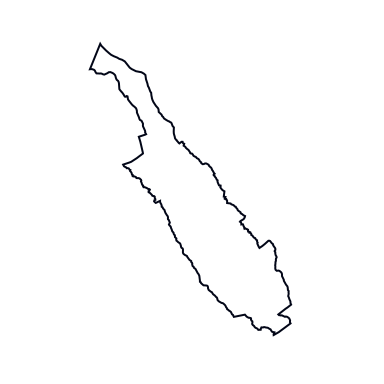 Gatundu South, Central, Kenya, rotated 22°
{"feature_id": "3690345B82721742326841", "entity_name": "Gatundu South", "entity_type": "district", "adm_level": 2, "iso_a3": "KEN", "parent_name": "Kenya", "parent_adm1": "Central", "projection": "orthographic", "projection_center": [36.813, -0.954], "detail": "fine", "context": "isolated", "style": "outline", "palette": "ink", "viewbox_px": 384, "rotation_deg": 22, "n_neighbors": 0, "source": "geoboundaries", "source_scale": "gbopen_adm2", "svg_char_len": 6102}
<svg xmlns="http://www.w3.org/2000/svg" viewBox="0 0 384 384"><g transform="rotate(22 192 192)"><path d="M51.4,89.0L51.4,116.4L52.3,115.9L53.4,115.5L55.4,115.4L56.4,115.8L57.8,117.1L59.0,117.8L62.4,116.6L63.1,116.2L64.2,116.1L65.5,116.2L66.7,116.0L69.1,113.5L69.9,112.2L71.4,111.4L73.2,111.4L74.3,111.5L75.4,111.8L76.8,112.4L77.7,113.3L78.5,114.5L79.5,115.6L80.3,116.2L81.9,116.7L82.7,117.4L83.5,118.5L86.1,123.8L86.8,124.3L89.0,125.5L90.0,125.9L92.0,127.2L93.9,128.7L94.9,128.5L95.5,127.5L96.4,127.5L97.9,130.0L98.8,130.7L103.5,133.4L105.5,134.2L106.5,134.4L108.7,135.3L109.5,136.1L110.5,137.4L111.2,139.0L115.1,142.9L115.7,143.8L116.8,144.7L118.4,144.8L119.3,145.5L120.0,146.2L120.8,146.8L121.2,147.6L121.4,148.4L122.0,149.5L123.4,150.8L125.2,152.5L125.9,153.3L126.2,154.3L127.8,155.6L127.2,156.3L122.0,160.7L125.3,164.8L131.6,173.8L132.1,174.7L129.3,179.3L128.2,181.2L124.3,186.8L122.8,188.2L117.9,192.4L119.3,193.6L120.5,193.8L121.5,193.8L122.6,194.4L123.5,193.9L124.7,193.9L125.7,194.7L126.6,194.7L126.7,195.7L127.8,196.2L128.8,196.9L129.8,198.3L130.8,198.5L130.9,199.4L131.7,199.6L132.7,199.1L134.5,199.2L135.3,199.9L137.4,199.1L138.4,199.1L140.2,199.8L140.7,200.4L140.7,201.3L142.1,202.6L142.6,203.4L143.4,204.1L144.3,204.3L144.5,205.1L145.3,205.7L146.3,205.2L147.1,205.3L148.2,205.2L150.3,205.6L151.2,205.3L152.0,205.5L152.0,206.6L151.4,207.5L151.9,208.5L153.0,208.5L155.9,209.7L156.5,210.3L157.3,210.3L158.4,210.0L159.2,210.3L159.6,211.4L160.5,212.1L161.0,213.0L160.2,213.8L160.4,214.9L161.5,215.4L162.5,215.7L165.7,212.2L166.0,213.0L167.2,214.3L168.0,214.8L168.5,215.4L169.0,216.0L169.4,217.0L170.6,217.3L171.3,218.1L173.4,219.1L173.9,219.9L175.2,221.3L177.4,222.9L178.6,223.6L179.2,224.4L179.6,225.6L180.0,226.3L180.9,226.6L182.9,228.7L182.8,230.8L183.6,231.4L185.1,232.0L186.2,233.4L187.1,234.2L188.5,235.9L190.1,236.6L190.5,237.4L191.3,238.2L192.3,238.5L193.1,240.2L194.9,240.9L195.2,242.1L195.8,242.9L196.9,243.2L197.7,243.6L200.3,244.2L201.6,245.7L202.6,247.2L203.3,247.7L204.3,247.8L204.9,248.3L205.3,249.0L206.1,251.2L206.5,251.9L207.4,252.6L209.3,253.1L210.3,253.1L211.4,253.3L211.9,253.9L215.1,255.9L217.1,256.3L217.7,257.4L218.6,257.7L219.1,258.3L219.3,259.1L220.4,260.5L221.5,260.7L222.3,261.6L224.0,262.0L227.7,265.1L228.7,265.6L229.6,266.4L230.2,267.0L232.5,271.1L233.0,272.3L233.9,272.4L234.5,273.1L237.6,274.2L240.4,273.3L241.2,273.2L241.9,273.5L242.5,274.3L243.0,275.4L244.2,276.6L246.9,277.4L247.8,277.4L249.9,278.9L252.1,279.5L253.6,280.3L254.5,280.5L255.1,281.0L256.1,282.5L257.0,283.0L258.2,283.4L259.9,283.6L260.8,283.8L261.7,283.6L262.7,283.6L265.0,284.5L266.1,285.3L266.6,285.9L268.1,286.8L268.5,287.5L269.8,287.7L270.6,288.1L272.0,288.3L273.1,288.7L274.9,290.4L276.2,290.7L276.9,291.5L277.6,292.1L287.0,285.9L289.4,287.1L291.5,287.4L292.4,287.1L293.8,286.9L294.3,287.5L294.5,288.2L295.4,289.0L296.4,289.3L296.9,290.3L297.2,291.8L298.1,292.5L299.8,293.0L300.5,293.6L301.7,294.1L303.1,294.1L304.2,294.4L305.1,295.0L307.3,294.0L307.0,292.8L307.1,291.5L308.6,291.0L309.2,290.4L310.0,290.1L311.7,289.9L312.5,289.6L313.4,289.5L315.2,289.9L316.2,289.9L318.3,291.5L319.0,291.6L321.0,291.2L321.1,292.5L320.9,293.2L321.3,294.0L324.9,289.5L332.6,276.9L331.6,276.1L331.0,274.2L329.5,272.8L328.4,272.4L326.9,272.1L325.6,272.3L325.0,272.9L321.5,272.7L320.6,273.2L319.6,273.3L318.8,273.6L317.9,273.2L322.5,265.2L323.8,263.3L326.1,259.3L324.9,258.1L324.4,256.9L323.6,255.9L322.8,255.3L321.1,253.3L320.2,252.5L319.8,250.2L319.2,249.1L318.7,247.6L317.7,247.0L316.4,244.5L315.7,243.7L313.9,242.7L310.4,239.9L310.0,239.0L307.0,236.3L306.2,234.4L305.3,233.4L304.4,232.9L302.7,232.4L301.8,232.4L300.1,233.3L298.8,232.9L298.0,232.0L297.6,231.0L297.0,229.4L296.5,228.7L296.4,227.8L295.6,225.5L295.6,224.4L295.1,223.3L294.8,222.1L295.0,221.1L294.6,220.3L293.1,219.1L292.1,217.5L291.8,216.6L290.9,216.1L290.7,215.3L291.0,214.5L290.6,213.5L290.1,212.9L287.3,211.1L287.0,210.5L286.3,209.8L285.3,209.7L282.8,208.2L282.0,208.2L281.1,208.6L279.0,212.9L277.4,215.8L275.5,218.6L274.4,217.8L271.9,215.4L271.8,214.3L271.0,213.8L270.4,212.4L269.6,212.3L268.6,211.8L267.9,211.1L267.0,211.2L265.7,210.7L264.4,209.8L263.0,209.6L262.6,208.6L261.8,208.1L260.7,208.2L260.8,207.5L260.0,207.4L258.9,207.7L258.4,207.0L258.1,206.0L257.3,205.8L256.3,206.0L255.0,205.7L254.4,206.4L253.9,205.8L253.5,205.0L252.6,204.3L251.4,202.9L250.6,203.1L249.9,203.6L249.5,202.7L248.8,201.9L247.6,201.6L247.8,200.8L250.0,197.9L250.4,196.0L250.2,194.4L248.4,194.3L246.8,193.7L245.9,193.7L245.1,193.5L244.7,192.7L243.8,192.4L241.9,192.0L241.1,191.6L240.6,190.9L238.8,190.0L238.1,189.3L237.1,189.4L236.0,188.8L235.1,188.6L233.1,188.7L232.1,188.2L228.7,189.1L227.8,186.9L226.4,185.7L225.7,186.2L224.8,186.0L224.9,184.1L224.1,184.2L223.2,184.4L221.8,179.2L220.4,179.0L219.3,178.7L218.5,178.3L217.1,177.5L216.4,176.9L216.4,175.9L216.1,175.3L214.5,175.7L212.2,173.4L211.6,172.5L211.4,171.6L210.3,171.3L209.0,170.0L207.6,169.3L207.1,168.7L206.4,168.6L205.6,168.1L205.6,167.3L206.1,166.6L205.3,166.2L203.4,164.6L202.5,164.1L201.3,162.8L200.5,162.2L199.7,162.1L199.0,161.7L198.2,161.5L197.2,160.5L194.7,160.2L193.7,160.5L193.1,160.9L192.6,161.6L191.5,162.2L189.8,161.8L189.4,161.1L187.7,160.5L186.8,159.7L185.7,159.0L183.8,158.8L182.3,158.0L181.5,158.1L179.9,157.9L178.5,156.8L177.5,156.4L176.7,156.7L175.9,156.7L175.4,156.0L172.9,154.3L171.6,154.0L169.7,153.3L168.9,152.6L166.9,152.2L166.7,150.2L165.7,150.2L165.0,149.8L164.5,149.0L163.6,149.3L162.9,150.3L162.1,151.7L161.4,151.5L159.8,150.6L158.9,150.2L158.4,149.7L157.5,149.5L156.1,148.5L155.2,147.1L154.0,145.6L153.2,144.5L152.4,142.8L151.0,138.9L149.3,138.1L147.2,135.8L146.4,135.4L145.4,135.4L144.6,135.1L143.7,135.2L141.4,134.9L138.5,134.3L137.1,133.2L136.0,132.9L134.8,131.7L131.2,130.3L130.1,128.1L129.2,127.1L126.2,125.6L122.6,123.1L121.0,121.6L119.8,120.2L119.1,119.0L118.2,117.7L116.9,115.2L115.8,114.6L112.9,111.4L111.5,110.3L110.0,108.1L107.1,104.7L105.0,101.0L103.1,100.3L100.3,99.9L94.8,101.0L89.9,100.6L87.6,100.0L80.8,96.1L77.6,95.6L74.7,95.8L72.4,95.4L68.7,95.4L65.6,95.1L63.3,94.4L59.3,93.0L53.2,90.4L51.4,89.0Z" fill="none" stroke="#020617" stroke-width="2"/></g></svg>